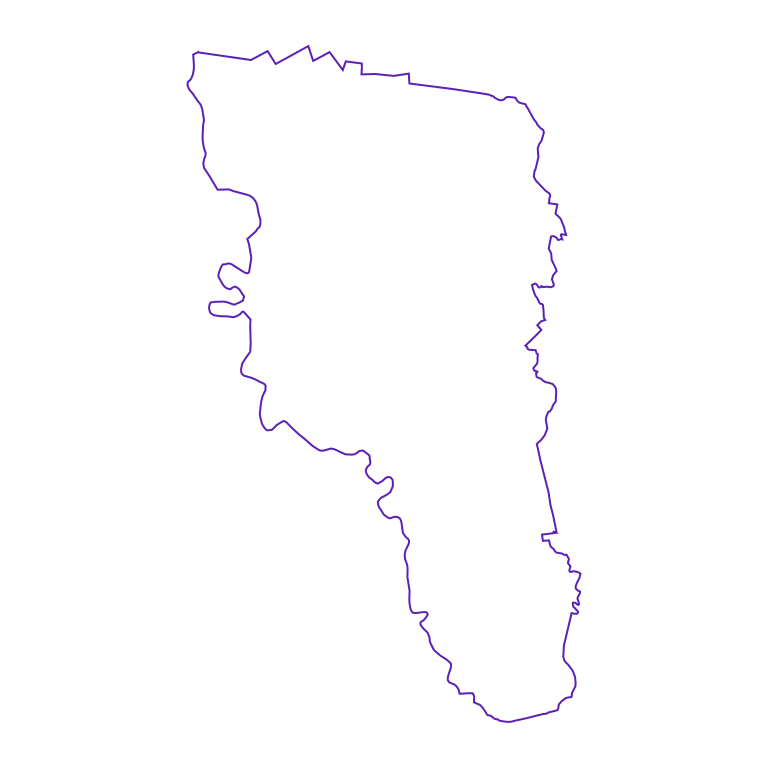 the district of Ayotoxco de Guerrero, Puebla, Mexico
{"feature_id": "50627088B34182004017380", "entity_name": "Ayotoxco de Guerrero", "entity_type": "district", "adm_level": 2, "iso_a3": "MEX", "parent_name": "Mexico", "parent_adm1": "Puebla", "projection": "mercator", "projection_center": [-97.405, 20.072], "detail": "fine", "context": "isolated", "style": "outline", "palette": "violet", "viewbox_px": 768, "rotation_deg": 0, "n_neighbors": 0, "source": "geoboundaries", "source_scale": "gbopen_adm2", "svg_char_len": 6087}
<svg xmlns="http://www.w3.org/2000/svg" viewBox="0 0 768 768"><path d="M217.6,189.7L228.8,189.4L233.4,191.1L246.1,194.5L250.1,195.8L253.2,198.2L255.3,201.0L256.5,203.4L257.2,205.8L258.6,213.5L260.4,219.8L260.4,224.1L259.4,227.2L257.3,228.9L255.9,231.3L247.3,239.0L249.0,244.2L251.3,257.7L249.3,271.0L248.6,272.8L246.9,273.3L244.2,272.3L231.5,264.2L229.4,263.5L227.9,263.5L225.1,264.3L223.0,264.4L221.8,265.8L220.5,268.3L218.7,273.4L218.4,276.6L222.1,283.3L223.7,285.7L225.5,287.5L227.6,288.7L230.6,289.2L232.3,287.6L235.1,286.6L237.6,287.9L239.5,289.5L242.3,294.0L244.1,296.4L242.9,300.6L239.0,302.7L234.1,304.7L226.3,302.0L223.2,301.6L215.0,301.8L210.6,302.5L209.6,304.5L209.0,307.9L209.6,310.8L210.4,312.8L212.0,314.2L214.3,315.3L220.1,316.2L228.1,316.4L233.3,317.3L236.8,316.1L239.5,314.6L241.3,313.0L242.2,311.7L243.7,311.8L250.5,319.5L250.2,325.3L250.7,343.6L250.2,351.8L245.4,358.5L242.3,363.5L241.2,368.4L241.1,371.4L241.7,373.7L243.8,375.6L251.7,377.9L256.1,379.8L259.9,381.9L263.0,383.2L264.8,384.4L265.6,385.9L265.4,390.3L263.1,394.9L262.1,397.7L261.0,402.9L259.8,413.7L260.3,417.6L261.0,419.5L261.6,422.8L262.6,425.0L264.4,427.8L265.9,429.5L267.2,430.3L271.3,430.0L272.8,429.1L276.4,425.3L278.5,423.9L283.2,421.1L285.0,421.4L286.5,422.4L293.3,429.2L298.6,434.1L304.9,439.2L312.4,445.8L318.8,450.0L320.9,450.7L322.7,450.7L324.7,450.3L331.1,448.5L334.8,449.4L345.3,454.3L350.8,454.6L353.7,454.5L356.1,453.5L359.5,451.0L363.0,450.5L369.0,455.1L369.6,456.2L369.6,458.2L370.4,462.1L370.1,463.8L369.6,464.9L368.3,465.9L366.8,467.7L365.7,470.6L366.2,472.6L366.8,474.2L368.0,476.1L369.6,477.9L372.4,479.8L373.6,481.2L375.1,482.4L377.2,483.5L378.0,483.5L382.2,481.1L385.5,478.1L387.7,477.0L390.3,477.3L391.2,478.0L392.5,479.7L392.8,481.4L392.9,486.0L390.3,492.2L385.7,495.4L381.5,497.5L379.4,499.5L377.9,501.9L378.1,504.5L379.1,507.3L381.1,510.2L383.6,514.4L387.3,517.2L388.7,518.0L389.8,518.3L394.5,516.8L397.3,517.0L399.4,518.0L400.6,519.7L401.4,522.0L402.9,532.9L405.5,536.7L408.3,539.2L409.1,540.8L409.0,542.5L408.4,544.5L405.4,550.8L404.7,555.0L405.1,559.1L406.9,564.2L407.4,566.2L407.6,570.3L407.4,577.0L409.6,591.0L409.3,599.2L409.5,603.1L410.4,608.6L411.7,611.5L412.8,612.7L414.3,613.0L417.1,612.9L423.2,612.1L426.0,612.1L427.2,613.0L427.7,614.7L425.6,618.0L423.5,620.3L421.1,621.8L420.4,622.8L420.4,624.1L421.0,625.5L423.5,628.7L427.6,632.6L429.3,636.9L429.7,639.3L429.8,641.3L430.8,643.8L433.6,649.5L435.0,651.0L440.5,655.7L447.0,659.9L450.8,663.4L451.1,664.8L450.8,667.9L448.2,675.6L447.7,679.0L447.8,680.2L449.2,682.3L454.3,684.5L456.7,686.5L458.4,689.2L459.7,693.8L469.0,693.2L472.7,693.3L474.2,696.4L474.0,702.4L480.0,704.9L482.8,707.9L485.9,712.5L486.9,714.4L487.7,715.1L490.6,715.7L494.8,718.9L497.9,719.4L498.4,720.0L499.6,720.7L501.0,721.0L507.0,721.9L511.4,721.7L514.9,720.7L524.8,718.6L543.5,713.9L545.9,713.9L548.3,712.5L557.5,710.2L558.4,707.8L558.8,704.5L561.7,701.1L565.9,698.0L568.5,697.4L571.4,697.1L571.9,695.1L571.8,693.5L575.4,686.3L575.6,683.0L575.1,677.1L573.0,671.5L571.6,669.1L568.3,664.9L565.6,662.2L564.2,660.1L563.3,656.5L563.9,645.6L571.6,613.1L574.4,613.7L576.8,613.8L577.9,612.8L578.0,611.7L577.3,610.6L575.8,609.3L575.3,608.4L573.5,607.1L573.0,605.5L572.8,603.6L573.0,602.7L573.7,602.5L575.3,602.9L576.4,603.5L576.8,604.2L578.2,604.9L579.1,604.3L578.3,600.6L577.6,599.2L577.5,598.2L578.1,596.4L579.3,594.5L580.0,592.8L580.1,591.8L579.7,591.3L578.1,590.7L575.9,588.8L575.6,586.4L576.8,583.2L579.4,578.1L580.5,573.7L579.3,572.8L576.3,571.6L573.7,571.3L572.8,571.3L570.6,572.0L569.9,571.7L569.4,570.9L569.5,569.7L570.4,566.3L568.3,563.7L567.9,562.5L568.8,559.9L568.8,558.8L566.6,554.8L565.6,554.7L564.9,555.0L563.7,554.6L561.9,553.5L556.5,552.6L554.9,551.3L553.9,549.3L550.5,546.4L549.0,540.4L542.9,540.9L542.0,534.6L555.6,532.9L552.8,531.4L556.6,532.5L553.0,514.9L550.5,505.3L548.6,492.6L540.2,459.5L537.8,448.1L536.8,444.5L537.3,443.4L541.3,439.8L544.8,435.1L547.3,428.6L545.8,419.6L546.3,416.7L548.2,412.2L548.8,411.6L549.4,411.6L550.1,411.1L551.7,408.8L553.1,405.0L555.7,401.5L556.2,392.2L555.9,388.8L554.6,386.2L552.6,384.0L549.6,383.0L545.5,382.1L542.7,380.4L540.7,378.5L538.3,377.8L536.6,376.8L536.0,373.2L537.5,372.0L537.3,371.5L534.5,370.7L533.5,369.2L533.4,368.1L537.0,363.7L537.6,361.5L537.5,357.2L538.0,355.1L537.8,354.1L536.7,353.6L535.6,350.2L529.1,349.7L527.9,349.1L527.3,348.2L527.3,347.3L525.4,345.7L538.0,333.4L541.3,329.9L537.3,325.2L541.2,321.3L545.1,320.0L544.5,319.3L543.8,317.0L543.5,310.0L542.9,304.9L542.2,304.1L540.3,303.7L539.6,303.1L537.0,297.7L535.5,295.9L534.7,294.2L532.9,288.9L532.0,285.0L534.5,283.7L535.5,283.7L536.9,284.6L538.4,287.1L539.2,287.5L540.3,287.3L541.2,286.1L541.8,286.2L542.5,287.1L546.9,286.7L550.9,287.2L553.1,286.3L553.7,285.7L553.8,284.2L551.9,279.3L553.1,275.4L555.5,272.2L556.6,271.3L556.0,269.0L551.7,259.9L551.2,253.3L548.7,248.6L551.1,236.4L552.9,236.1L553.9,236.3L556.3,237.5L558.0,239.9L558.6,240.0L561.3,239.0L562.2,239.3L560.8,234.9L561.6,234.2L566.1,235.0L564.6,229.8L564.1,227.3L561.0,219.6L560.1,218.1L555.5,213.7L557.3,204.4L548.8,203.2L549.4,199.8L549.3,198.7L550.1,196.3L550.2,195.0L549.2,193.3L545.4,190.6L536.3,181.1L534.8,178.8L533.8,176.3L534.5,171.3L535.6,168.9L538.4,157.2L537.7,148.3L539.2,144.1L541.5,140.8L543.1,135.4L543.9,132.3L543.0,129.8L540.9,128.5L537.5,124.8L535.9,121.8L534.5,120.2L533.1,118.0L527.0,107.0L526.3,106.2L525.6,104.3L519.5,102.7L517.2,100.8L515.4,97.7L511.4,97.2L507.6,97.0L506.0,97.5L504.1,99.2L502.6,100.1L500.5,100.3L497.9,99.5L495.2,98.0L492.7,96.0L491.6,95.9L489.3,94.7L480.3,93.2L454.6,89.3L409.4,83.5L408.8,73.6L393.8,75.9L375.2,74.0L361.5,74.4L361.9,66.6L361.8,63.5L345.8,61.4L342.8,70.0L329.6,52.1L313.2,60.9L308.3,46.1L275.7,64.0L267.6,51.1L251.0,60.0L198.2,52.4L198.1,52.1L193.2,54.6L193.9,64.9L193.8,69.1L193.0,74.1L191.5,77.9L190.4,79.8L187.8,82.1L187.5,85.2L188.9,88.8L190.3,90.9L192.3,93.0L197.4,100.5L200.7,104.7L202.3,109.3L204.0,120.2L203.2,124.6L202.7,133.4L202.6,139.2L203.3,144.9L204.2,148.9L205.6,152.7L205.5,155.7L204.2,158.9L203.3,163.2L204.0,167.8L209.4,176.0L217.6,189.7Z" fill="none" stroke="#5b21b6" stroke-width="2"/></svg>